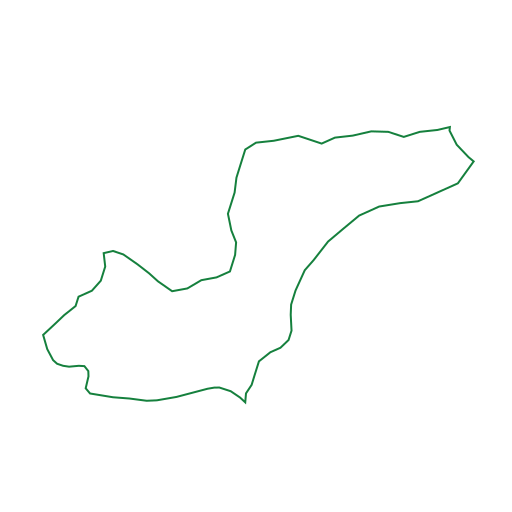 outline of Hamju, Hamgyŏng-namdo, North Korea, rotated 287°
{"feature_id": "82179303B5529079256515", "entity_name": "Hamju", "entity_type": "district", "adm_level": 2, "iso_a3": "PRK", "parent_name": "North Korea", "parent_adm1": "Hamgyŏng-namdo", "projection": "mercator", "projection_center": [127.263, 39.9], "detail": "fine", "context": "isolated", "style": "outline", "palette": "green", "viewbox_px": 512, "rotation_deg": 287, "n_neighbors": 0, "source": "geoboundaries", "source_scale": "gbopen_adm2", "svg_char_len": 1199}
<svg xmlns="http://www.w3.org/2000/svg" viewBox="0 0 512 512"><g transform="rotate(287 256 256)"><path d="M383.3,261.3L371.4,239.3L364.4,222.9L354.7,214.6L342.4,214.5L325.2,214.4L310.4,217.0L288.2,216.8L273.3,224.9L263.2,233.0L250.9,235.7L233.6,235.6L224.0,224.5L216.9,210.8L204.9,199.8L197.8,186.1L203.1,169.7L208.2,158.8L213.4,145.1L218.7,128.7L219.0,117.8L214.2,109.5L201.8,114.9L187.0,114.8L174.8,109.2L165.2,98.2L155.4,98.1L143.3,89.8L133.5,84.3L123.8,78.7L118.3,75.5L105.9,83.6L97.1,92.4L94.8,97.3L94.6,103.6L95.5,109.6L99.2,118.7L100.5,124.1L96.9,129.3L91.9,131.0L79.7,131.8L76.0,137.5L79.1,160.5L82.7,176.6L85.6,193.8L89.0,203.4L98.0,221.2L114.9,248.5L117.9,254.5L119.5,259.4L119.3,271.4L116.0,282.1L112.9,288.5L121.7,286.6L131.5,289.5L141.3,289.5L156.1,289.6L168.2,297.9L175.4,306.2L185.2,311.7L195.0,311.8L209.9,306.4L219.8,303.8L234.6,303.9L256.7,306.8L268.9,312.3L290.9,320.7L307.9,331.7L324.8,342.8L339.3,359.3L348.7,378.4L355.7,394.9L372.5,414.1L384.5,427.8L410.1,436.5L412.7,430.3L421.1,415.4L432.5,404.4L436.0,403.7L429.6,392.7L422.6,376.3L413.1,362.5L413.4,346.2L408.9,329.8L399.4,313.3L392.3,296.9L382.7,285.9L383.3,261.3Z" fill="none" stroke="#15803d" stroke-width="2"/></g></svg>